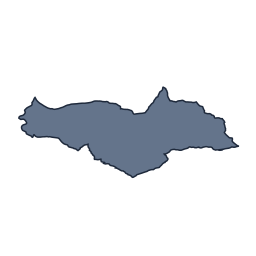 the district of Panqueba, Boyacá, Colombia, rotated 78°
{"feature_id": "7082276B16553832193382", "entity_name": "Panqueba", "entity_type": "district", "adm_level": 2, "iso_a3": "COL", "parent_name": "Colombia", "parent_adm1": "Boyacá", "projection": "equal_earth", "projection_center": [-72.459, 6.443], "detail": "fine", "context": "isolated", "style": "filled", "palette": "slate", "viewbox_px": 256, "rotation_deg": 78, "n_neighbors": 0, "source": "geoboundaries", "source_scale": "gbopen_adm2", "svg_char_len": 5822}
<svg xmlns="http://www.w3.org/2000/svg" viewBox="0 0 256 256"><g transform="rotate(78 128 128)"><path d="M177.2,133.8L177.2,132.8L176.5,130.9L176.5,130.4L175.5,129.0L175.5,128.8L175.0,123.8L174.6,120.8L174.4,118.4L173.8,116.8L173.6,114.0L173.7,113.1L174.0,111.9L173.8,111.3L173.3,110.4L173.1,109.6L173.0,108.6L173.1,106.2L173.0,105.5L172.1,104.4L171.4,103.1L170.1,101.5L169.4,99.8L169.4,99.0L169.1,98.7L168.7,98.6L168.5,97.8L168.3,97.0L167.8,96.3L167.1,95.6L166.6,95.4L165.9,95.4L165.6,95.6L165.2,96.1L164.9,96.2L163.7,96.3L163.2,96.4L162.6,96.8L161.8,97.6L161.0,98.0L161.0,97.6L161.1,97.0L161.1,96.4L161.0,95.5L160.0,92.6L159.7,92.2L158.6,90.9L158.4,90.1L158.3,89.4L158.4,87.9L158.5,87.3L158.6,86.9L159.1,86.0L159.4,85.2L159.7,83.8L160.4,82.4L160.7,81.1L160.8,80.2L160.3,77.2L160.2,74.4L160.1,73.8L160.0,73.4L159.3,72.0L159.3,71.5L159.4,71.2L159.9,70.4L160.1,70.1L160.3,68.3L160.5,67.6L161.1,66.9L161.2,66.3L161.5,65.6L161.5,65.0L161.4,63.8L161.6,63.1L161.4,63.0L161.4,62.7L162.0,62.1L162.4,61.7L162.6,60.9L162.7,60.0L162.4,58.6L162.4,57.7L162.4,55.6L162.7,54.7L163.5,53.1L163.8,51.2L164.3,50.2L164.8,49.7L165.6,49.5L166.2,49.1L166.7,48.7L167.6,47.2L167.8,46.9L167.8,45.9L168.0,45.0L168.1,44.5L168.5,43.9L168.9,42.9L169.0,41.8L168.6,42.3L168.3,42.5L168.4,41.7L168.5,40.0L168.6,38.7L168.5,38.2L168.5,37.0L168.7,33.6L168.5,31.8L168.1,30.5L168.8,28.5L169.0,27.5L168.8,25.6L168.8,23.8L168.8,23.3L168.3,24.2L167.6,25.1L164.9,27.3L163.6,28.3L162.6,28.8L162.3,28.8L161.6,28.5L160.8,28.2L159.7,28.1L159.4,28.4L158.7,30.7L158.5,31.0L154.9,33.5L152.8,34.6L152.5,34.7L152.2,34.6L150.7,33.1L149.8,33.0L149.2,32.8L148.9,32.7L147.9,32.9L145.4,32.9L143.7,33.1L142.7,32.8L142.5,32.2L141.2,32.5L139.7,33.3L139.0,33.7L138.5,33.8L138.2,35.0L137.7,36.1L137.0,36.9L136.6,38.9L136.5,40.4L136.4,40.7L136.3,40.9L135.8,41.2L135.3,41.3L134.5,41.2L133.9,41.7L133.5,41.9L133.3,42.2L133.0,42.6L132.9,43.1L132.6,43.6L132.2,43.7L131.5,44.2L130.9,45.3L130.5,47.3L129.8,48.7L129.3,49.6L129.1,49.8L128.3,50.1L128.2,50.1L127.4,49.7L127.0,49.6L126.6,49.7L125.6,50.2L124.6,50.2L124.0,50.4L122.9,50.5L122.6,50.7L121.7,52.5L121.0,53.5L120.5,53.8L119.2,54.6L116.7,55.8L116.8,57.2L116.8,58.1L116.6,59.0L116.4,59.7L115.9,60.6L115.7,61.4L115.2,63.3L114.9,64.2L114.6,65.7L114.3,66.4L112.4,68.6L112.3,69.0L112.2,69.4L112.2,70.9L112.0,72.8L112.0,73.3L112.0,73.8L112.5,75.4L112.4,75.8L112.3,76.2L111.9,76.8L111.5,78.1L110.8,79.2L110.6,79.6L110.4,80.2L110.3,80.6L110.1,81.2L109.7,81.5L108.8,81.5L108.2,81.9L106.2,82.4L104.7,82.6L103.5,82.4L102.0,82.1L99.3,82.4L97.8,83.1L97.6,82.9L97.2,83.0L95.5,84.9L95.4,85.2L96.0,85.7L97.3,86.1L97.9,86.5L98.4,87.1L99.4,89.4L102.6,91.8L102.9,91.9L103.5,92.1L103.7,92.4L103.8,92.9L103.8,93.5L103.9,93.9L104.7,94.7L106.5,96.7L106.7,96.9L107.5,97.3L108.1,97.8L108.6,98.4L109.3,99.9L111.1,102.1L111.9,103.4L112.2,103.5L112.8,103.7L113.7,104.4L114.9,106.0L116.6,108.0L116.6,108.4L116.6,109.1L116.6,110.2L116.5,111.5L116.2,113.5L115.9,116.7L115.8,118.8L115.6,119.3L115.1,119.7L114.3,120.0L112.8,120.3L112.0,120.8L111.6,121.2L111.1,122.1L110.4,123.2L109.7,124.7L109.4,126.0L109.0,127.6L108.5,129.0L107.8,130.3L107.7,130.7L107.7,131.3L106.0,131.0L105.4,131.0L104.8,131.5L104.1,132.5L102.4,134.1L101.6,135.1L101.3,136.4L100.7,137.9L100.2,140.0L99.9,140.8L99.7,141.1L99.0,141.7L98.4,142.1L97.7,143.2L97.6,143.7L97.6,144.9L97.3,145.7L97.1,146.6L97.0,147.1L96.3,148.5L95.7,150.2L95.7,150.7L95.0,153.3L94.7,155.1L94.8,156.3L95.1,157.7L95.2,159.0L95.1,161.6L94.8,164.9L94.2,167.8L93.8,170.9L93.6,173.4L93.1,176.7L92.9,178.2L92.9,179.3L93.1,180.5L93.0,182.3L93.2,183.8L93.9,186.5L94.2,188.0L94.2,188.9L94.6,192.1L94.5,195.4L94.4,196.2L94.2,196.8L93.3,198.3L93.1,199.7L92.8,200.3L92.1,201.7L91.1,203.1L90.1,204.2L89.1,205.4L86.1,208.4L85.9,208.6L85.8,208.9L84.0,210.3L82.6,211.2L81.2,211.9L79.9,212.2L78.8,212.6L79.4,213.4L81.8,215.1L83.3,216.7L84.6,216.8L85.2,217.1L85.7,217.5L85.9,217.8L87.0,221.8L87.4,222.9L88.1,224.0L88.9,225.2L89.1,225.4L89.7,225.5L90.6,225.2L91.4,225.3L92.2,225.8L92.7,226.2L93.4,227.3L93.7,228.0L93.8,228.5L93.9,230.6L94.1,231.4L94.4,232.0L95.1,232.5L95.7,232.7L97.2,231.3L97.4,230.4L97.5,228.8L97.9,228.1L98.1,227.7L99.6,226.7L101.4,226.1L102.1,226.1L102.3,226.2L102.7,226.7L102.9,227.1L103.0,227.7L103.0,228.3L103.1,229.3L103.4,230.4L103.7,231.0L104.6,231.8L105.6,232.1L106.7,232.1L108.3,231.6L108.8,231.0L110.5,228.8L110.6,228.7L111.9,228.6L112.4,228.6L112.6,228.5L112.8,228.3L114.6,226.0L115.2,225.0L115.6,224.5L116.8,223.9L117.2,223.5L117.2,223.2L116.8,222.8L115.1,221.6L115.1,221.3L115.2,221.1L116.2,220.7L117.0,220.0L118.0,218.6L118.2,218.0L118.7,215.5L118.9,213.1L119.2,211.7L119.5,209.0L120.2,207.5L120.2,206.4L120.4,206.0L121.2,204.2L123.1,198.8L123.3,198.5L123.8,197.8L124.3,197.5L127.2,196.1L128.2,195.5L129.8,194.3L130.3,193.7L130.8,193.0L131.2,192.3L131.8,191.0L132.2,190.6L133.6,190.2L134.0,189.9L134.3,189.6L136.2,185.8L137.1,184.9L137.1,184.4L137.1,184.2L137.9,183.2L138.8,182.5L139.7,181.6L138.6,179.4L138.2,179.0L137.7,179.0L137.5,178.8L137.4,178.6L137.1,177.2L136.4,176.0L136.1,175.1L135.7,174.4L135.6,173.7L135.7,172.0L135.6,170.5L136.2,170.7L138.3,170.9L140.4,170.0L141.3,170.1L141.7,170.4L143.4,169.2L143.9,169.1L144.6,169.3L145.4,168.6L147.1,168.1L147.3,167.9L147.3,167.7L147.5,167.5L148.8,166.9L149.5,166.8L150.8,167.3L151.7,167.3L151.8,166.7L152.8,164.0L152.9,161.6L152.8,161.1L152.9,160.9L153.9,161.2L155.4,161.1L156.3,159.4L156.8,158.5L156.8,158.1L157.0,158.0L157.6,159.1L158.4,157.7L158.5,157.1L158.6,155.7L159.1,154.1L160.1,153.6L160.9,153.1L162.1,150.4L162.5,149.8L162.7,149.5L164.1,148.0L164.5,148.5L165.1,147.1L166.2,145.9L166.6,145.2L167.0,145.0L168.4,143.4L168.7,142.8L168.8,142.3L168.9,141.8L170.6,140.1L171.2,139.9L171.8,139.6L172.5,138.7L172.8,137.9L173.6,137.8L174.3,136.5L174.8,135.7L175.2,135.2L176.6,134.4L177.2,133.8Z" fill="#64748b" stroke="#1e293b" stroke-width="1.5"/></g></svg>